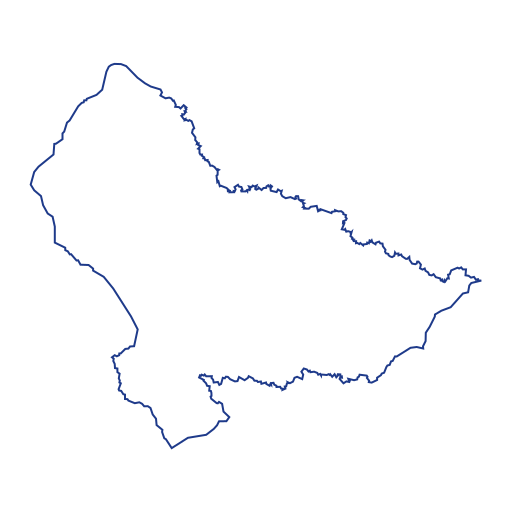 outline of Chai Wan, Udon Thani, Thailand
{"feature_id": "78962969B11605835659379", "entity_name": "Chai Wan", "entity_type": "district", "adm_level": 2, "iso_a3": "THA", "parent_name": "Thailand", "parent_adm1": "Udon Thani", "projection": "orthographic", "projection_center": [103.294, 17.228], "detail": "fine", "context": "isolated", "style": "outline", "palette": "blue", "viewbox_px": 512, "rotation_deg": 0, "n_neighbors": 0, "source": "geoboundaries", "source_scale": "gbopen_adm2", "svg_char_len": 6061}
<svg xmlns="http://www.w3.org/2000/svg" viewBox="0 0 512 512"><path d="M186.3,107.4L183.7,105.2L180.5,108.5L179.0,107.1L175.2,106.8L175.8,104.9L173.8,100.5L173.0,100.8L171.2,98.4L169.2,97.6L165.5,98.3L160.4,95.5L162.0,92.4L160.5,89.5L150.7,86.5L145.0,83.3L137.5,77.7L126.2,66.1L121.0,64.1L114.4,63.9L111.2,65.0L108.8,66.7L106.4,71.7L102.2,89.7L96.5,94.9L86.8,98.8L86.4,100.3L84.2,100.3L83.7,102.3L81.7,102.9L78.2,106.3L69.6,120.5L67.0,122.6L64.2,131.6L62.5,133.4L62.5,139.2L56.0,143.7L54.3,143.9L53.5,154.5L38.5,166.7L34.2,172.0L30.7,184.6L34.2,190.3L41.0,196.1L43.1,205.2L47.7,213.5L52.6,216.7L54.8,226.6L54.8,242.6L65.2,247.7L65.3,250.2L67.8,251.3L69.8,254.4L71.1,254.2L76.5,260.5L78.1,260.3L80.5,264.7L88.6,265.0L93.1,268.6L93.1,270.6L103.7,276.8L113.2,288.5L131.0,316.4L137.7,329.4L134.1,346.2L130.0,346.5L128.4,348.6L125.3,348.9L120.8,353.4L119.3,353.5L119.2,355.2L116.8,356.3L114.7,355.2L112.0,357.3L113.7,358.7L113.3,361.0L114.7,363.9L115.0,368.1L117.4,368.5L117.4,372.1L119.6,373.7L118.8,378.4L119.8,380.5L119.4,382.5L120.8,383.3L118.6,389.2L119.1,390.5L121.2,390.9L123.3,394.2L125.0,394.6L125.0,399.0L127.5,399.2L128.4,400.6L134.8,403.2L139.3,402.3L142.1,403.8L144.2,406.3L147.8,406.2L150.5,408.0L152.7,414.5L156.0,418.7L156.6,425.1L162.4,429.8L162.1,432.0L164.3,438.3L165.9,439.2L171.7,448.1L187.9,437.8L206.2,434.8L213.8,428.9L217.1,425.2L219.0,421.3L226.4,421.2L229.3,417.1L223.5,411.6L222.1,403.8L219.0,401.9L217.8,403.3L216.6,403.1L211.2,398.7L210.6,396.6L211.5,395.9L211.4,392.8L210.9,391.0L209.2,390.7L209.7,386.2L207.1,385.8L206.1,383.3L203.5,380.7L203.8,379.9L199.1,377.5L200.0,375.3L200.9,375.8L201.6,374.7L203.8,375.6L204.7,374.5L206.2,376.3L211.8,376.2L211.5,377.9L213.1,379.7L213.7,382.5L217.9,382.0L219.3,384.9L221.1,383.9L222.8,377.8L224.8,378.3L225.9,376.7L227.9,376.9L230.1,379.2L234.9,381.4L237.5,381.1L239.0,377.0L244.6,380.2L247.9,377.9L248.7,376.2L252.9,378.4L254.4,380.7L256.9,380.8L257.9,382.0L260.9,381.5L261.4,383.8L266.0,382.5L266.3,383.9L269.6,385.8L270.5,383.7L271.2,384.6L271.1,383.1L273.5,382.8L274.3,384.7L276.4,385.7L276.5,387.0L280.2,386.8L281.1,388.5L282.7,388.7L282.5,389.9L285.4,388.6L284.8,386.5L286.2,386.3L286.9,383.4L288.3,383.1L287.9,382.3L289.9,383.2L293.0,381.6L294.5,377.8L297.1,376.8L302.2,379.1L303.2,374.6L301.4,371.7L303.8,368.5L306.9,369.5L308.5,371.5L309.8,370.7L310.4,372.2L314.1,371.7L317.3,372.9L318.2,374.7L320.2,373.9L321.1,375.5L321.2,374.5L326.8,375.0L328.6,374.2L329.6,374.9L330.2,374.2L332.2,376.8L334.6,374.2L336.3,377.3L338.4,375.0L337.0,374.2L340.3,374.4L340.3,376.6L341.8,376.3L342.0,377.7L340.2,377.5L339.6,378.9L343.5,383.3L346.4,381.4L349.3,382.0L349.9,380.5L349.0,380.6L348.3,378.8L354.1,380.2L357.2,379.4L357.6,377.4L358.9,376.7L359.6,374.7L366.7,375.6L367.5,376.8L366.9,377.9L369.1,380.7L368.8,382.1L371.7,382.6L377.1,380.0L377.1,377.7L380.9,375.2L381.7,373.6L384.1,372.7L386.4,367.0L387.4,365.5L389.7,364.9L391.0,361.4L392.7,360.9L395.0,356.4L396.7,356.5L410.5,347.8L416.7,347.0L423.2,348.5L423.0,346.3L425.6,341.1L425.8,332.7L429.7,326.8L434.8,316.6L435.0,314.5L441.4,310.7L450.7,307.2L462.9,293.5L468.1,292.3L469.3,285.5L471.3,283.0L481.3,280.6L478.0,280.4L477.9,279.2L475.9,279.7L474.0,276.9L471.0,277.6L468.6,275.8L465.5,275.3L466.0,269.4L462.8,269.4L461.2,267.4L459.1,268.5L457.6,267.7L451.2,270.4L449.7,274.3L448.1,274.7L448.8,278.5L447.3,278.3L445.3,281.4L444.5,280.2L444.0,282.0L442.3,281.2L442.1,279.6L440.7,280.3L440.2,278.4L435.8,277.2L433.6,274.2L431.7,275.4L429.3,274.9L428.1,272.4L425.5,270.8L424.7,268.5L422.5,269.6L420.0,268.3L420.9,264.6L418.5,261.6L417.2,261.6L416.7,263.5L415.3,264.2L412.1,263.6L409.6,259.9L409.3,256.9L407.1,258.9L405.8,258.8L402.0,256.2L401.2,254.5L398.5,255.4L398.4,253.5L395.8,253.8L395.0,252.5L394.3,255.8L392.1,257.1L390.3,256.5L388.6,255.3L388.3,253.9L385.9,253.3L385.0,251.6L385.5,249.8L382.9,246.3L382.5,243.6L380.3,243.4L379.1,241.6L376.0,242.7L375.5,244.3L372.4,242.4L371.7,240.3L370.0,242.6L370.4,240.8L369.6,240.4L368.9,243.3L367.2,242.6L366.9,244.0L363.5,244.4L363.2,245.4L360.3,243.0L359.3,244.1L357.2,242.9L356.0,243.2L356.1,241.2L353.7,241.1L353.1,240.0L353.8,239.4L352.0,238.8L352.4,237.6L350.5,236.2L351.6,232.0L350.6,233.0L350.4,231.9L348.2,231.2L346.6,231.4L346.5,232.4L345.2,229.0L344.4,229.8L341.8,229.3L344.5,222.9L343.8,222.1L343.0,222.7L343.1,221.2L345.9,220.1L346.7,218.5L345.5,217.2L346.0,215.1L343.3,214.1L343.3,212.8L341.2,211.2L338.3,211.4L335.2,210.2L335.4,211.2L332.0,211.8L331.5,213.1L320.5,209.2L320.4,210.2L318.6,209.8L319.2,210.7L318.1,211.3L316.7,205.9L310.7,206.8L308.8,208.7L304.4,208.6L304.9,207.9L302.9,207.2L303.9,206.2L303.2,203.9L304.2,203.3L302.9,202.8L302.3,200.7L303.0,200.3L301.1,200.0L300.8,201.0L298.7,199.4L298.1,196.2L296.1,196.1L295.4,197.1L296.1,198.6L294.9,199.1L290.5,197.1L285.7,198.2L282.3,196.2L280.9,193.7L281.7,190.8L280.7,191.2L278.0,189.5L276.6,192.1L270.8,190.7L270.4,188.7L272.0,186.4L270.6,185.4L270.4,186.7L269.1,186.7L268.2,185.3L266.5,186.4L266.2,187.9L263.5,188.0L261.6,190.0L258.5,187.5L258.4,188.6L256.3,189.7L255.2,188.9L256.5,185.6L254.6,186.5L252.7,185.6L251.5,187.2L249.0,186.5L250.2,189.1L249.7,190.1L248.6,189.5L247.6,189.9L247.4,191.3L246.7,190.3L245.6,191.4L241.4,191.4L241.1,190.4L242.4,189.4L241.4,187.0L239.0,186.6L238.0,184.8L234.5,187.1L235.6,189.3L234.8,191.2L233.8,191.0L234.0,192.2L229.5,192.3L229.8,191.0L227.9,191.2L227.8,190.0L228.7,190.0L226.6,188.0L220.8,185.7L219.8,186.2L218.4,181.2L217.3,182.2L216.5,175.7L217.6,174.8L217.7,170.5L218.9,169.8L217.8,169.2L217.0,170.1L214.5,167.0L212.1,165.6L210.3,165.8L208.8,161.9L207.5,161.3L207.6,160.0L205.2,160.2L204.7,158.5L203.4,158.3L204.0,157.1L201.8,155.7L202.0,154.5L200.3,154.5L199.5,153.0L199.5,149.3L198.1,148.7L200.7,146.1L198.3,145.1L198.6,143.5L196.8,144.0L197.3,142.5L195.2,140.0L195.4,137.3L192.0,132.8L192.8,129.5L194.2,128.3L191.6,121.3L189.4,120.1L188.3,120.9L186.5,119.9L184.8,120.3L185.3,118.9L184.0,119.3L181.4,115.9L182.4,115.5L182.3,114.2L183.9,114.5L185.2,112.8L184.7,111.4L185.8,111.6L185.3,110.6L186.4,109.2L185.3,108.0L186.3,107.4Z" fill="none" stroke="#1e3a8a" stroke-width="2"/></svg>